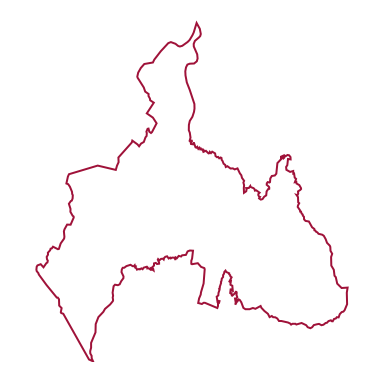 Purificación, Tolima, Colombia (Equal Earth projection)
{"feature_id": "7082276B94400039413071", "entity_name": "Purificación", "entity_type": "district", "adm_level": 2, "iso_a3": "COL", "parent_name": "Colombia", "parent_adm1": "Tolima", "projection": "equal_earth", "projection_center": [-74.879, 3.877], "detail": "fine", "context": "isolated", "style": "outline", "palette": "rose", "viewbox_px": 384, "rotation_deg": 0, "n_neighbors": 0, "source": "geoboundaries", "source_scale": "gbopen_adm2", "svg_char_len": 6018}
<svg xmlns="http://www.w3.org/2000/svg" viewBox="0 0 384 384"><path d="M347.1,304.2L346.8,292.7L347.6,287.6L341.6,288.0L337.2,283.6L335.8,277.2L334.5,275.7L333.8,269.8L331.3,265.6L331.1,257.0L332.2,253.8L330.5,250.8L330.3,246.9L329.8,245.7L327.0,242.8L325.7,239.2L323.8,235.8L322.2,234.7L318.5,233.8L317.4,232.4L315.9,231.6L315.4,230.6L314.4,230.3L314.3,228.9L312.1,227.3L308.9,221.5L305.5,220.9L304.1,219.4L303.9,216.7L302.8,215.6L302.7,214.5L301.6,213.5L301.0,211.6L300.2,211.6L299.9,210.1L297.7,206.9L298.0,205.4L299.2,203.2L298.2,202.3L298.0,197.1L296.5,194.9L297.5,195.2L298.2,193.6L298.0,191.4L300.3,189.9L301.1,189.0L301.0,188.1L299.3,185.1L296.5,183.5L296.3,181.9L294.9,182.2L296.1,178.9L294.7,177.6L294.1,173.5L293.3,173.7L293.2,171.0L290.1,171.9L286.4,169.8L286.1,167.0L287.3,165.2L288.0,159.0L290.6,159.4L290.5,157.1L289.1,155.3L287.5,155.0L285.6,156.2L284.7,155.6L284.2,157.7L283.2,158.6L282.7,158.1L283.0,155.8L281.0,156.7L281.0,159.3L277.4,163.1L276.3,173.7L274.8,175.5L271.8,176.0L270.3,178.5L270.0,182.1L269.5,182.5L267.7,182.1L266.8,183.3L266.7,184.8L268.9,186.7L269.3,187.8L269.2,188.8L268.4,188.8L266.6,191.4L266.2,195.4L264.2,196.7L262.5,199.1L260.8,199.6L259.1,198.4L259.9,197.0L259.2,196.9L258.3,195.1L258.3,194.1L259.6,192.7L256.2,190.3L254.9,190.6L254.6,189.3L253.6,188.2L250.6,187.0L250.3,186.0L248.8,188.0L246.2,188.1L246.6,189.4L246.2,191.3L244.0,192.8L243.8,188.0L244.1,185.2L243.4,182.6L244.1,180.8L242.0,177.9L241.3,175.2L239.9,173.4L237.5,168.4L234.7,169.4L232.9,168.4L230.5,168.5L227.4,166.2L225.8,167.0L225.2,164.9L223.6,163.7L222.5,160.9L221.6,159.7L221.5,158.0L220.7,157.5L219.2,158.3L218.1,156.9L217.0,157.2L215.5,156.0L215.1,153.4L212.2,151.7L211.0,153.1L209.8,151.9L209.4,153.2L208.5,153.4L205.9,150.8L203.4,151.9L203.1,151.1L204.0,150.5L202.8,149.3L201.5,149.6L200.9,148.6L200.2,149.2L199.5,147.7L198.3,148.9L197.3,146.8L196.3,147.7L195.5,147.3L194.0,143.0L193.6,143.0L193.0,144.3L191.0,144.0L190.8,142.9L192.0,141.1L191.7,140.6L190.1,141.4L189.6,140.9L190.5,137.6L189.8,132.7L188.8,130.2L188.9,124.9L189.8,120.9L192.4,116.8L194.0,111.9L194.5,108.6L194.4,104.0L189.7,89.8L186.8,82.4L185.5,75.4L185.3,71.3L186.0,67.4L187.4,64.6L189.7,63.7L194.1,63.5L196.8,61.3L197.6,58.5L197.2,54.3L193.8,46.5L193.7,43.9L194.9,40.9L199.0,37.4L200.2,36.1L200.8,34.0L199.8,28.8L196.6,23.0L193.7,32.5L192.4,35.3L189.6,40.0L187.6,42.0L182.3,45.8L179.9,46.5L178.2,46.0L175.5,43.8L170.9,42.1L168.3,43.1L160.8,51.2L154.3,59.6L152.9,62.5L144.3,64.0L140.8,68.0L138.2,72.6L137.3,76.6L137.6,77.7L143.8,87.5L145.2,91.6L148.6,94.0L148.5,96.0L149.9,98.5L150.2,100.3L153.8,102.7L146.8,113.4L152.9,117.6L156.6,123.3L152.0,132.1L151.0,133.0L149.3,131.7L148.5,128.6L147.6,128.8L146.4,131.7L146.8,133.1L146.6,136.0L145.5,137.3L143.8,142.0L141.0,143.6L139.1,146.3L137.5,144.4L132.3,140.6L131.8,142.5L118.4,157.5L118.6,162.2L117.0,165.7L115.8,169.9L97.7,165.6L69.0,174.2L67.9,176.6L66.4,183.5L68.2,184.2L69.9,186.7L72.0,191.8L72.2,194.0L72.8,195.2L72.6,198.5L71.8,200.6L70.8,201.1L68.9,203.8L70.5,208.9L70.4,211.8L72.6,215.7L73.6,216.5L73.7,217.6L70.6,224.7L67.1,224.6L64.5,229.3L63.9,231.3L64.4,236.8L64.1,238.6L60.7,243.4L58.9,248.9L57.9,249.2L53.0,246.7L51.8,248.4L50.6,248.7L50.1,250.3L47.9,252.7L48.0,254.7L46.7,256.9L47.0,259.2L47.8,260.7L47.4,262.5L46.3,263.2L43.5,267.3L40.7,264.2L37.5,265.4L36.7,266.7L36.4,269.6L36.7,271.1L38.4,273.2L38.8,274.5L46.5,285.0L56.8,297.6L57.8,297.6L59.0,299.3L59.2,305.6L61.6,308.1L60.8,312.2L61.2,313.0L63.3,313.8L89.0,359.5L92.3,361.0L92.9,361.0L91.7,358.3L91.6,355.8L90.3,353.5L90.2,351.1L91.1,347.7L91.1,342.9L95.5,332.4L95.7,324.1L98.4,317.1L103.3,311.9L105.0,308.9L110.1,304.5L112.8,301.2L113.1,300.1L112.7,297.5L113.1,295.8L112.6,292.7L113.6,286.2L115.0,284.7L117.9,285.2L119.7,284.3L121.2,281.2L123.4,278.2L123.5,276.4L121.5,272.1L121.8,269.5L122.7,267.8L124.3,267.7L126.4,266.1L130.5,264.8L132.7,266.2L133.8,266.2L134.7,265.2L134.9,266.0L135.8,266.3L135.2,267.6L136.5,268.4L136.9,269.6L139.2,269.0L139.9,269.4L141.3,268.4L142.6,269.2L143.6,267.7L146.9,266.7L147.4,267.2L147.3,268.4L148.6,268.3L150.9,269.9L151.3,269.8L151.1,268.7L153.5,270.4L153.2,268.9L152.1,267.4L154.0,265.6L154.0,263.4L155.8,262.9L157.0,264.0L159.1,263.7L159.1,262.6L157.8,259.7L158.1,259.1L159.3,260.4L161.0,258.9L162.9,258.7L163.7,259.5L164.1,258.0L165.3,256.8L167.1,256.3L168.7,258.5L170.1,257.6L170.8,258.4L172.1,257.6L174.0,257.7L174.7,258.1L175.5,260.0L175.7,257.4L177.0,258.1L178.7,255.9L181.1,256.5L182.1,255.3L185.9,254.9L187.6,251.4L189.9,250.5L193.0,250.7L192.1,258.5L191.3,260.8L191.3,263.8L192.0,264.2L197.8,263.2L201.1,266.9L204.3,268.1L204.7,269.2L203.6,283.5L201.0,292.3L200.7,294.6L199.1,298.4L198.2,303.0L201.9,304.0L203.6,302.8L204.9,302.8L217.3,308.0L218.0,306.0L218.0,303.8L219.0,303.0L219.5,301.1L219.1,301.0L218.6,302.6L217.6,302.3L216.7,296.7L218.3,295.4L218.5,292.9L219.6,289.6L219.1,288.9L219.9,287.9L219.7,287.1L221.1,282.9L220.9,282.0L221.5,280.8L221.8,278.6L223.1,277.0L223.1,275.1L224.0,273.7L224.4,271.8L225.5,270.6L226.3,272.0L229.2,273.3L229.2,274.3L230.2,275.2L230.4,276.4L231.6,277.3L229.4,281.5L229.9,281.9L231.1,279.7L230.4,284.2L230.5,284.8L232.3,285.7L232.8,290.9L231.3,290.4L230.7,288.6L230.2,293.1L230.9,293.6L231.6,293.3L231.8,295.5L232.3,295.7L234.7,293.5L235.8,291.8L236.4,291.9L236.7,292.7L236.5,295.0L237.3,297.2L236.5,298.4L235.0,298.5L235.7,302.4L235.3,304.7L237.0,301.5L237.2,300.1L237.8,300.8L238.7,299.4L239.8,300.0L241.3,302.3L243.4,307.9L245.4,309.2L249.6,309.2L252.9,308.0L255.4,308.8L260.6,306.0L261.4,307.8L264.4,311.0L267.9,313.8L269.6,317.1L271.8,316.0L273.1,317.2L275.3,317.3L277.3,318.5L279.0,321.0L281.4,321.0L288.0,322.5L290.1,323.5L291.1,324.6L292.4,323.8L295.5,323.8L296.3,324.5L301.6,323.0L306.2,325.2L307.7,327.2L310.4,328.2L312.2,327.2L313.8,325.1L316.8,324.3L319.0,323.9L321.5,325.2L323.5,324.7L325.6,323.0L326.9,322.8L328.5,321.1L330.9,320.3L331.7,321.2L332.7,321.3L334.0,319.0L335.8,318.5L336.8,317.2L338.6,317.4L339.8,314.1L341.7,312.1L343.4,311.6L344.6,310.2L347.1,304.2Z" fill="none" stroke="#9f1239" stroke-width="2"/></svg>